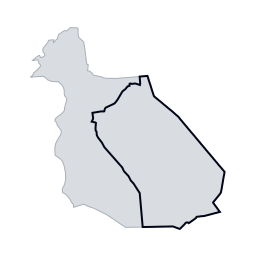 Agadez on a map of Niger (Natural Earth projection), rotated 85°
{"feature_id": "NER-800", "entity_name": "Agadez", "entity_type": "Department", "adm_level": 1, "iso_a3": "NER", "parent_name": "Niger", "parent_adm1": "", "projection": "natural_earth1", "projection_center": [10.912, 19.426], "detail": "fine", "context": "in_parent", "style": "outline", "palette": "ink", "viewbox_px": 256, "rotation_deg": 85, "n_neighbors": 0, "source": "natural_earth", "source_scale": "10m", "svg_char_len": 6692}
<svg xmlns="http://www.w3.org/2000/svg" viewBox="0 0 256 256"><g transform="rotate(85 128 128)"><path d="M202.2,189.1L199.8,189.1L198.4,189.6L196.7,191.1L194.7,191.7L192.4,193.0L190.9,194.1L189.5,195.0L187.6,197.0L186.9,198.6L185.0,198.9L182.3,198.6L180.6,197.1L176.7,195.4L174.1,194.7L172.9,194.5L166.9,194.2L160.4,194.9L157.1,195.7L156.5,195.8L154.7,196.8L153.1,197.9L148.9,203.0L143.4,202.8L140.1,202.3L137.4,201.5L133.4,199.1L128.6,195.5L126.8,195.0L125.1,194.7L124.6,194.8L118.8,198.4L117.7,198.3L116.3,198.7L115.4,199.6L114.8,200.0L114.1,200.1L113.2,199.9L112.3,199.4L111.4,198.4L109.0,194.4L108.6,193.7L107.6,192.5L105.9,190.6L104.7,189.8L104.0,189.5L103.2,189.7L98.6,188.1L94.0,186.4L92.9,186.6L92.2,187.0L90.6,188.2L88.7,188.5L86.3,188.4L85.0,188.2L82.9,188.6L81.5,189.1L79.6,189.9L77.2,192.2L76.6,192.5L76.0,192.9L75.1,199.2L74.5,201.1L73.2,203.6L70.8,205.9L69.2,207.4L69.1,209.3L69.0,212.5L68.9,214.7L69.0,216.1L68.8,216.8L68.6,217.4L68.7,218.3L69.1,218.8L69.3,219.4L69.2,219.8L68.4,220.4L67.6,219.0L66.5,218.0L65.3,217.5L64.5,216.8L64.0,215.8L62.5,213.8L58.9,209.9L58.5,209.8L57.9,209.7L56.9,210.1L56.3,210.8L55.8,211.0L55.1,211.1L53.4,211.5L52.0,212.2L52.0,212.7L52.6,215.7L52.3,217.3L51.7,216.5L49.7,213.5L48.4,211.3L48.1,210.8L47.9,210.1L48.1,209.7L48.6,209.5L49.9,209.2L50.1,209.0L50.2,208.4L50.0,207.2L49.3,205.7L48.6,204.7L48.2,204.5L47.4,204.5L46.6,204.6L45.1,205.9L44.4,206.1L42.8,206.0L41.4,205.7L40.5,205.1L38.0,202.6L35.2,200.0L34.0,199.7L33.7,199.4L33.6,197.4L33.6,195.0L33.8,194.4L35.0,194.7L36.2,194.9L36.6,194.5L35.6,193.6L34.2,192.7L33.7,191.4L33.3,191.0L32.6,190.5L31.9,190.3L31.2,189.9L30.6,189.5L29.8,189.4L28.9,189.1L27.7,186.9L26.4,184.9L25.7,183.3L25.5,182.3L25.9,180.6L25.5,179.9L24.1,178.3L23.0,176.7L23.3,174.3L23.6,172.2L23.6,170.9L23.8,170.2L24.0,169.4L24.7,169.1L26.7,169.2L30.5,169.5L33.5,169.1L35.9,166.9L38.3,164.6L41.9,164.4L45.7,164.1L48.8,164.0L53.2,163.8L56.8,163.7L60.9,163.5L61.1,162.5L61.3,162.2L61.7,162.2L64.8,162.7L67.6,163.3L67.9,161.3L70.4,158.8L71.8,158.3L72.2,157.9L72.7,157.0L73.0,155.7L73.1,154.8L73.6,154.1L74.0,152.7L74.6,150.2L76.0,147.6L76.8,144.1L77.0,140.7L77.2,138.2L77.6,137.6L77.6,133.1L77.6,128.5L77.7,124.6L77.7,119.8L77.7,115.5L77.8,111.0L77.8,106.8L77.8,104.1L80.7,103.4L83.7,102.8L88.1,101.8L92.8,100.7L98.0,99.5L99.1,98.8L103.1,94.9L104.8,93.1L108.3,89.5L111.0,86.8L114.5,83.3L118.1,79.8L121.0,77.0L125.6,73.9L132.4,69.1L139.2,64.3L146.1,59.5L152.9,54.7L159.7,50.0L166.5,45.2L173.3,40.4L180.1,35.6L186.9,37.4L193.4,39.2L199.9,40.9L201.5,41.9L205.0,45.3L209.4,49.6L209.6,49.7L209.8,49.7L214.1,47.1L219.6,43.8L221.1,52.8L222.3,60.6L222.4,65.6L222.4,66.8L222.9,67.7L223.9,68.6L228.1,75.8L227.2,77.0L227.9,79.2L229.0,80.2L232.4,84.4L232.9,85.3L232.7,85.9L230.3,91.0L229.9,92.2L229.5,98.6L229.2,103.1L228.8,109.3L228.3,116.7L227.9,122.9L227.3,131.2L226.8,139.0L223.4,143.3L217.2,150.9L212.2,157.1L209.7,161.3L204.8,169.4L202.6,174.6L200.9,177.3L200.0,178.5L200.8,182.3L202.2,189.1Z" fill="#d9dde1" stroke="#a8b0b8" stroke-width="1"/><path d="M180.1,35.6L181.2,35.9L182.4,36.2L183.6,36.5L184.7,36.9L185.9,37.2L187.0,37.5L188.2,37.8L189.3,38.1L190.5,38.4L191.7,38.7L192.8,39.0L194.0,39.3L195.1,39.6L196.3,39.9L197.5,40.2L198.6,40.6L200.0,40.9L201.5,41.9L202.2,42.6L203.9,44.2L205.5,45.8L207.2,47.4L208.8,49.0L209.4,49.6L209.6,49.7L209.8,49.7L210.7,49.2L212.9,47.9L215.1,46.5L217.4,45.2L219.6,43.8L219.8,44.8L219.9,45.8L220.1,46.7L220.3,47.7L220.4,48.7L220.6,49.7L220.8,50.7L220.9,51.6L221.1,52.6L221.3,53.6L221.4,54.6L221.6,55.6L221.8,56.5L221.9,57.5L222.0,58.2L222.2,58.9L222.3,59.5L222.3,59.8L222.3,60.6L222.3,61.8L222.3,63.1L222.4,64.4L222.4,65.6L222.4,66.4L222.4,66.7L222.4,67.1L222.5,67.4L222.7,67.6L223.3,67.9L223.6,68.1L224.0,68.8L224.3,69.3L224.6,69.7L224.8,70.1L225.0,70.5L225.2,70.8L225.5,71.2L225.7,71.6L225.9,72.0L226.1,72.4L226.4,72.8L226.6,73.1L226.8,73.5L227.0,73.9L227.3,74.3L227.5,74.7L227.7,75.1L227.9,75.4L228.1,75.8L227.6,76.2L227.3,76.8L227.2,77.5L227.3,78.2L227.5,78.6L227.7,78.9L227.9,79.2L229.0,80.2L229.3,80.6L230.1,81.6L230.9,82.5L231.7,83.5L232.5,84.4L232.8,84.8L233.0,85.2L233.0,85.4L232.9,85.7L232.6,86.2L232.1,87.3L231.6,88.4L231.1,89.5L230.5,90.6L230.4,91.0L229.9,92.2L229.9,92.8L229.9,93.6L229.8,94.3L229.8,95.0L229.7,95.7L229.7,96.4L229.6,97.1L229.6,97.8L229.5,98.6L229.5,99.3L229.4,100.0L229.4,100.7L229.3,101.4L229.3,102.1L229.2,102.8L229.2,103.6L229.1,104.3L229.1,105.0L229.0,105.7L229.0,106.4L228.9,107.1L228.9,107.8L228.8,108.5L228.8,109.3L228.8,110.0L228.7,110.7L228.7,111.4L228.6,112.1L228.6,112.8L228.5,113.5L228.5,114.3L228.4,115.0L228.4,115.7L228.3,116.4L228.3,117.1L228.2,117.8L228.2,118.5L228.1,119.2L228.1,120.0L228.0,120.7L228.0,121.4L227.9,122.0L193.9,122.0L183.8,127.3L181.1,129.4L180.9,129.6L180.6,129.8L176.1,131.6L170.7,135.8L166.8,137.2L145.1,153.2L140.4,155.2L134.9,158.7L132.5,159.7L131.7,159.7L129.3,159.7L129.0,159.7L128.8,159.8L127.7,160.4L125.4,160.4L120.1,159.5L119.6,160.2L118.5,163.6L115.8,162.0L115.1,161.9L109.8,162.1L109.1,153.2L109.4,150.7L109.4,150.4L109.3,150.2L109.1,150.1L107.1,149.5L107.0,149.4L106.8,149.3L105.9,148.5L105.8,148.4L105.7,148.3L105.5,147.8L105.5,147.7L102.6,139.8L102.5,139.6L101.4,138.2L98.4,135.6L91.4,130.6L91.1,130.3L90.8,130.0L89.1,127.3L86.8,125.1L86.6,124.9L86.5,124.7L86.2,123.1L86.2,122.9L84.6,122.7L84.3,122.6L84.1,122.5L84.0,122.2L83.9,122.1L83.9,121.9L83.9,121.6L84.0,121.4L84.4,120.7L84.3,118.7L84.4,118.3L84.4,118.2L84.4,117.8L84.3,117.6L84.3,117.2L84.3,116.9L84.4,116.5L86.2,112.4L84.9,112.0L78.0,111.9L77.8,111.9L77.8,109.9L77.8,108.0L77.8,106.0L77.8,104.1L80.3,103.5L82.8,103.0L85.3,102.4L87.8,101.8L89.2,101.5L92.1,100.9L95.0,100.2L96.3,99.9L98.0,99.5L98.6,99.3L99.2,98.8L100.2,97.8L101.1,96.9L101.9,96.1L102.7,95.2L103.6,94.4L104.4,93.5L105.2,92.7L106.1,91.8L106.9,91.0L107.8,90.2L108.6,89.3L109.4,88.5L110.3,87.6L111.1,86.8L112.0,85.9L112.8,85.1L113.6,84.2L114.4,83.4L114.9,82.9L115.9,81.9L116.9,81.0L117.8,80.1L118.8,79.2L119.7,78.3L121.0,77.0L122.8,75.8L123.7,75.2L124.6,74.6L125.5,73.9L126.4,73.3L127.3,72.7L128.2,72.1L129.1,71.4L130.0,70.8L130.9,70.2L131.8,69.5L132.7,68.9L133.6,68.3L134.5,67.7L135.4,67.0L136.3,66.4L137.2,65.8L138.1,65.2L138.9,64.5L139.8,63.9L140.7,63.3L141.6,62.6L142.5,62.0L143.4,61.4L144.3,60.8L145.2,60.1L146.1,59.5L147.0,58.9L147.9,58.2L148.8,57.6L149.7,57.0L150.6,56.4L151.5,55.7L152.4,55.1L153.3,54.5L154.2,53.8L155.1,53.2L156.0,52.6L156.9,52.0L157.8,51.3L158.7,50.7L159.6,50.1L160.5,49.4L161.3,48.8L162.2,48.2L163.1,47.6L164.0,46.9L164.9,46.3L165.8,45.7L166.7,45.1L167.6,44.4L168.5,43.8L169.4,43.2L170.3,42.5L171.2,41.9L172.1,41.3L173.0,40.7L173.9,40.0L174.7,39.4L175.6,38.8L176.5,38.1L177.4,37.5L178.3,36.9L179.2,36.3L180.1,35.6Z" fill="none" stroke="#020617" stroke-width="2"/></g></svg>